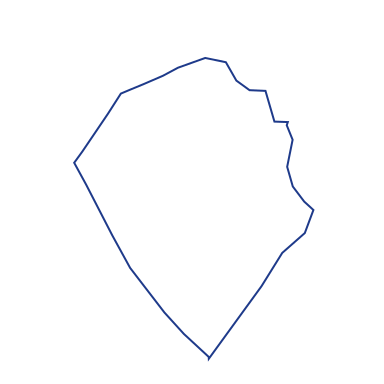 Stenungsund, Västra Götaland, Sweden (Natural Earth projection), rotated 306°
{"feature_id": "70781695B70291115197472", "entity_name": "Stenungsund", "entity_type": "district", "adm_level": 2, "iso_a3": "SWE", "parent_name": "Sweden", "parent_adm1": "Västra Götaland", "projection": "natural_earth1", "projection_center": [11.976, 58.067], "detail": "fine", "context": "isolated", "style": "outline", "palette": "blue", "viewbox_px": 384, "rotation_deg": 306, "n_neighbors": 0, "source": "geoboundaries", "source_scale": "gbopen_adm2", "svg_char_len": 551}
<svg xmlns="http://www.w3.org/2000/svg" viewBox="0 0 384 384"><g transform="rotate(306 192 192)"><path d="M304.9,228.4L297.4,217.3L317.0,192.0L308.2,178.7L308.2,162.4L316.9,143.1L308.2,123.9L284.3,107.6L269.0,100.2L251.6,89.9L238.4,81.8L229.8,76.6L205.9,78.0L160.2,79.5L146.4,79.5L135.7,102.1L110.0,153.1L94.2,186.6L78.3,240.5L72.4,268.8L68.4,302.5L67.0,303.6L114.9,303.6L156.7,303.6L195.8,300.8L225.1,307.4L248.8,300.8L250.2,288.4L255.7,270.3L268.3,254.2L293.4,242.7L301.7,229.4L304.9,228.4Z" fill="none" stroke="#1e3a8a" stroke-width="2"/></g></svg>